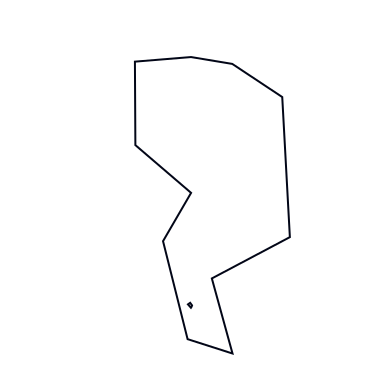 the district of Radford, Virginia, United States of America, rotated 118°
{"feature_id": "52423323B3123735439374", "entity_name": "Radford", "entity_type": "district", "adm_level": 2, "iso_a3": "USA", "parent_name": "United States of America", "parent_adm1": "Virginia", "projection": "albers", "projection_center": [-80.541, 37.119], "detail": "fine", "context": "isolated", "style": "outline", "palette": "ink", "viewbox_px": 384, "rotation_deg": 118, "n_neighbors": 0, "source": "geoboundaries", "source_scale": "gbopen_adm2", "svg_char_len": 378}
<svg xmlns="http://www.w3.org/2000/svg" viewBox="0 0 384 384"><g transform="rotate(118 192 192)"><path d="M259.0,133.9L185.9,84.4L65.8,156.9L60.0,216.6L73.3,256.2L103.7,303.6L177.2,264.0L193.2,192.4L249.0,194.5L324.0,126.8L315.6,80.4L259.0,133.9ZM290.7,141.6L292.1,138.7L293.6,138.5L294.7,138.6L293.1,142.8L290.7,141.6Z" fill="none" stroke="#020617" stroke-width="2"/></g></svg>